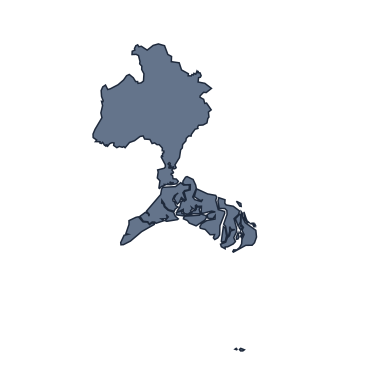 the district of Santa Rosa, El Oro, Ecuador, rotated 215°
{"feature_id": "8360857B25401291560682", "entity_name": "Santa Rosa", "entity_type": "district", "adm_level": 2, "iso_a3": "ECU", "parent_name": "Ecuador", "parent_adm1": "El Oro", "projection": "natural_earth1", "projection_center": [-80.02, -3.392], "detail": "fine", "context": "isolated", "style": "filled", "palette": "slate", "viewbox_px": 384, "rotation_deg": 215, "n_neighbors": 0, "source": "geoboundaries", "source_scale": "gbopen_adm2", "svg_char_len": 6169}
<svg xmlns="http://www.w3.org/2000/svg" viewBox="0 0 384 384"><g transform="rotate(215 192 192)"><path d="M253.7,294.2L255.7,293.1L256.1,294.8L256.4,293.5L257.3,293.9L256.5,290.7L258.5,290.3L258.0,288.8L259.4,288.2L259.2,286.7L261.8,285.0L262.8,286.8L270.6,286.0L276.6,290.5L283.7,286.9L286.5,291.3L290.7,290.8L298.4,296.1L304.5,294.0L307.9,289.8L310.1,282.5L317.1,282.3L318.9,280.5L320.9,281.4L321.9,279.6L321.4,276.5L320.2,275.5L321.7,273.0L320.0,270.2L316.7,272.7L314.1,273.1L309.4,269.0L308.4,267.0L305.3,266.3L303.5,263.5L299.2,261.3L295.4,255.1L296.3,252.2L298.5,250.0L299.9,251.3L301.5,250.1L305.6,251.9L310.8,252.3L312.3,249.7L312.3,244.5L314.1,237.4L318.1,229.7L319.8,227.6L324.2,230.0L325.4,226.9L324.6,223.0L320.9,218.4L317.1,215.8L316.8,214.9L318.1,214.4L314.8,211.5L312.0,204.5L308.4,201.2L307.4,187.8L306.3,182.7L304.2,179.9L299.9,179.9L300.0,177.9L296.2,180.4L295.5,179.3L294.0,179.8L293.7,181.4L290.4,180.1L289.1,181.5L288.9,179.6L288.4,181.4L287.4,181.1L287.2,184.3L285.8,186.6L284.0,187.4L282.9,185.2L279.0,185.2L277.7,187.6L274.7,188.7L273.9,190.1L272.2,189.9L271.6,196.7L268.5,201.1L266.4,207.7L264.2,209.9L261.2,208.2L256.6,210.9L252.5,208.8L250.8,210.8L247.8,210.7L246.0,212.0L241.5,211.0L240.1,208.7L238.5,209.4L237.6,208.0L238.3,206.8L237.3,205.6L237.6,204.4L236.6,204.2L237.3,203.0L229.5,199.0L228.2,197.1L228.4,195.5L232.8,190.4L231.1,188.9L228.5,183.6L224.7,182.8L221.4,176.3L220.6,176.3L220.2,179.0L218.2,181.9L219.0,182.3L215.6,184.5L216.4,184.5L216.5,185.0L214.8,185.1L214.3,187.6L215.1,187.2L215.2,187.3L215.2,187.5L215.4,187.4L215.5,187.4L215.5,187.6L214.2,187.7L214.7,185.2L212.9,186.5L213.2,187.8L212.9,189.5L212.7,186.6L209.3,190.0L209.3,192.9L212.3,193.6L215.1,192.0L217.4,194.3L219.1,194.2L219.6,195.4L218.4,196.3L218.5,197.5L221.0,198.4L221.6,201.4L223.5,199.0L224.7,198.5L225.3,199.1L224.5,200.6L227.7,201.2L227.5,203.0L226.2,203.0L225.6,201.5L224.2,201.2L223.9,199.2L221.7,201.8L220.8,200.2L219.5,201.1L218.9,202.8L221.5,204.4L222.0,213.0L225.5,220.1L225.2,222.5L226.9,225.5L226.3,230.3L227.5,232.7L226.9,236.0L224.8,237.3L225.6,239.0L225.5,245.2L223.6,247.5L224.7,248.5L224.9,250.4L221.4,253.2L219.4,257.2L221.2,261.3L221.1,263.1L224.4,266.9L223.4,270.3L231.1,273.2L232.4,271.9L235.6,274.6L239.8,274.2L240.5,275.4L239.7,280.3L237.4,281.6L235.5,288.0L243.8,288.4L250.1,285.6L252.2,289.4L251.0,290.8L251.2,292.5L253.7,294.2ZM149.1,170.1L148.2,166.7L146.1,166.1L144.6,169.2L144.7,172.6L149.8,180.4L152.9,193.2L154.1,194.8L160.4,192.6L167.9,198.9L168.8,202.0L170.7,202.8L178.1,199.4L189.2,197.4L189.7,195.9L187.4,189.5L180.5,189.8L179.2,190.5L179.0,192.2L178.9,189.4L185.4,187.3L188.6,188.3L190.5,197.4L193.0,199.8L198.3,202.9L204.9,201.8L205.8,200.4L205.6,195.7L204.4,193.6L202.0,193.8L197.6,197.1L194.7,192.7L198.8,187.8L192.3,182.3L193.0,180.0L196.3,181.1L196.7,180.2L194.5,179.2L195.3,177.8L193.3,172.7L193.2,167.9L191.9,167.8L189.2,172.8L187.8,170.7L185.5,170.1L182.4,171.7L181.5,175.5L182.5,176.0L182.0,178.2L183.5,179.2L179.6,179.0L179.3,179.8L181.4,182.9L180.9,183.9L179.3,183.3L176.1,185.8L172.5,180.1L170.6,181.1L164.9,187.7L161.5,189.1L165.0,185.5L166.6,182.2L164.1,179.7L162.8,180.1L159.6,182.3L159.5,186.0L157.6,183.0L163.5,177.1L166.0,171.5L165.7,168.1L164.4,167.1L159.6,168.9L152.6,167.4L149.1,170.1ZM220.7,142.2L215.1,140.1L211.1,142.3L208.5,141.2L207.4,144.6L205.2,146.0L203.5,145.8L198.5,152.5L201.7,152.4L197.6,155.5L197.9,157.2L200.2,158.7L197.1,158.0L197.5,153.1L195.9,153.5L188.1,161.0L187.8,162.1L191.9,162.6L195.6,164.9L201.2,163.3L206.0,163.9L208.9,165.9L210.5,165.6L212.0,168.0L207.6,166.4L206.2,164.8L201.0,164.0L195.6,166.0L196.0,168.3L194.9,171.7L197.3,171.5L200.7,173.9L202.2,173.7L203.6,174.9L204.3,179.0L202.7,183.3L203.5,180.8L203.0,176.3L197.1,173.6L196.5,176.3L197.5,181.4L192.9,181.0L192.5,181.8L199.0,186.1L198.9,188.9L195.8,192.1L197.7,195.7L199.1,195.7L202.8,192.8L206.6,193.2L208.6,186.9L218.5,179.1L218.6,177.1L216.2,171.9L218.3,150.2L214.2,149.1L213.4,147.5L215.3,149.1L218.6,148.5L220.7,142.2ZM136.6,164.0L132.3,164.5L133.3,166.0L131.4,167.5L128.4,173.1L128.0,176.3L131.6,178.5L132.7,184.8L134.5,187.7L142.3,194.3L141.0,200.3L142.2,203.7L150.0,204.0L156.6,201.0L158.7,201.6L160.5,204.6L166.8,202.7L165.5,199.4L160.3,194.2L155.6,197.3L152.8,196.8L150.5,193.9L147.6,183.8L144.9,183.2L137.6,176.1L137.0,177.0L138.5,181.4L141.3,185.2L138.3,183.8L135.4,185.8L137.9,182.2L136.2,177.6L136.8,174.9L135.6,170.2L138.7,165.6L136.6,164.0ZM220.0,120.8L222.8,117.6L221.4,109.7L219.9,108.0L218.0,109.5L214.3,116.4L210.5,130.7L204.3,143.8L204.7,144.7L207.1,143.6L208.0,140.9L211.2,141.7L215.0,139.4L221.7,140.9L223.4,139.1L227.2,132.4L225.0,129.3L222.3,120.0L220.0,120.8ZM140.4,204.1L133.4,193.7L129.6,192.6L129.1,189.3L124.9,187.0L124.0,181.9L121.6,177.9L121.2,173.8L122.1,170.3L124.7,168.5L124.4,166.6L123.6,166.5L117.4,179.1L112.2,182.9L111.7,186.3L113.3,192.1L117.7,197.2L130.8,197.4L135.4,199.8L138.4,203.4L140.4,204.1ZM179.3,166.0L176.4,165.0L169.2,166.6L165.4,176.3L165.5,179.3L166.9,180.7L172.4,179.0L172.5,177.3L183.7,168.3L178.4,175.1L172.8,179.0L176.2,181.9L176.5,184.7L178.7,182.9L180.1,183.0L178.6,180.3L178.7,178.6L180.4,177.2L180.4,173.5L183.9,169.1L184.1,166.1L183.6,165.1L179.3,166.0ZM146.5,181.7L139.7,168.4L138.8,168.0L136.5,170.7L138.6,175.9L144.0,181.4L146.5,181.7ZM140.2,201.1L141.1,195.0L134.5,190.5L135.2,195.5L138.6,200.8L140.2,201.1ZM193.0,166.2L191.5,164.4L184.9,167.7L185.7,169.4L188.0,168.6L189.6,170.6L193.0,166.2ZM134.5,200.4L129.0,198.7L127.7,199.7L131.6,200.1L131.6,201.5L131.8,200.8L138.1,205.5L133.1,200.1L135.1,201.5L134.5,200.4ZM130.9,185.0L129.7,180.1L128.4,178.7L127.4,180.0L127.7,182.2L130.9,185.0ZM145.4,210.6L150.3,209.9L144.7,207.8L143.4,208.4L145.4,210.6ZM58.6,92.8L62.4,91.9L62.8,90.2L61.0,89.7L59.2,91.0L58.6,92.8ZM133.1,192.3L132.5,189.6L130.6,189.1L130.3,192.2L133.1,192.3ZM127.6,186.6L126.7,183.6L125.3,183.0L126.2,186.1L127.6,186.6ZM123.3,200.0L121.3,199.1L120.6,199.7L123.3,200.0ZM66.1,89.3L66.6,87.9L64.9,88.4L64.9,89.0L66.1,89.3ZM122.3,201.8L124.0,200.5L121.2,201.2L122.3,201.8ZM124.0,201.5L125.0,200.8L125.5,199.8L124.1,200.4L124.0,201.5ZM129.4,185.7L128.7,186.0L129.7,187.1L129.4,185.7Z" fill="#64748b" stroke="#1e293b" stroke-width="1.5"/></g></svg>